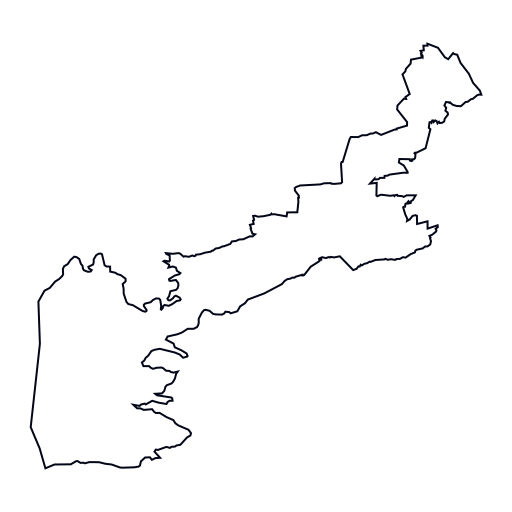 San Salvador el Verde, Puebla, Mexico
{"feature_id": "50627088B235557174424", "entity_name": "San Salvador el Verde", "entity_type": "district", "adm_level": 2, "iso_a3": "MEX", "parent_name": "Mexico", "parent_adm1": "Puebla", "projection": "albers", "projection_center": [-98.525, 19.258], "detail": "fine", "context": "isolated", "style": "outline", "palette": "ink", "viewbox_px": 512, "rotation_deg": 0, "n_neighbors": 0, "source": "geoboundaries", "source_scale": "gbopen_adm2", "svg_char_len": 6050}
<svg xmlns="http://www.w3.org/2000/svg" viewBox="0 0 512 512"><path d="M45.4,468.3L54.5,464.5L70.8,464.3L76.1,461.2L77.6,461.1L80.5,462.9L83.2,462.7L85.0,463.3L89.3,462.1L99.0,462.2L105.5,463.8L111.7,464.5L120.0,467.5L122.4,467.7L134.4,467.3L138.6,466.6L140.0,465.5L140.9,461.4L145.1,457.5L149.9,457.3L151.9,459.8L155.4,458.1L160.1,457.8L154.5,451.7L155.8,449.6L158.0,449.9L166.4,446.9L169.9,447.9L171.4,446.8L174.8,446.6L176.7,445.4L180.3,444.8L187.1,437.4L190.4,435.5L191.0,433.1L188.5,429.8L178.1,425.3L175.3,423.2L173.4,420.1L166.5,417.1L159.6,412.9L155.9,413.0L154.2,411.9L152.1,409.2L143.8,409.9L140.1,408.3L137.1,408.3L133.4,404.8L139.6,405.9L141.1,404.5L144.8,403.6L145.8,404.4L152.2,400.8L158.8,402.7L166.5,404.0L167.7,401.9L169.5,400.8L172.5,400.7L172.2,398.2L171.4,397.5L157.0,395.3L155.2,393.8L162.0,393.4L164.3,390.8L165.5,386.6L167.0,385.1L171.3,383.6L172.9,382.1L174.8,378.8L176.2,373.7L177.7,371.6L173.6,372.6L171.1,372.1L169.3,370.9L166.0,370.7L163.2,368.2L161.3,367.5L156.5,367.8L153.1,368.8L150.8,367.8L149.1,366.1L143.4,366.1L141.9,362.5L144.3,360.5L145.7,357.8L148.1,355.8L151.4,351.1L154.4,349.8L159.8,348.8L174.8,352.5L179.7,354.5L183.1,357.7L187.1,356.6L187.6,355.9L186.5,353.4L181.0,350.1L174.8,347.3L173.6,343.6L165.9,339.6L167.6,336.5L177.3,334.3L181.8,332.6L187.7,328.8L193.6,328.8L197.0,327.1L198.1,325.3L198.7,323.1L198.7,318.7L202.0,312.4L204.1,310.1L205.6,309.8L209.6,310.8L213.1,313.9L215.7,314.4L221.9,314.6L224.2,313.5L225.4,311.7L229.2,312.1L230.7,313.3L237.3,311.3L240.2,306.3L244.9,303.3L247.8,299.6L264.3,293.4L281.9,284.1L284.6,281.0L287.2,279.2L290.1,278.7L292.5,277.6L294.4,277.7L295.6,276.7L302.1,274.8L302.0,275.4L303.0,275.5L304.2,275.0L310.7,266.7L318.7,261.6L319.6,260.8L319.2,259.4L321.2,259.7L321.3,258.4L320.4,258.0L322.1,257.2L326.0,258.1L328.4,257.1L329.8,257.5L330.3,256.9L334.2,257.4L339.8,256.3L353.2,270.1L356.6,268.8L358.4,266.4L359.7,266.5L360.7,264.7L361.9,265.4L364.3,263.8L367.1,263.2L369.5,261.7L370.5,261.9L375.4,260.0L384.6,259.4L385.4,258.8L387.8,259.8L390.9,259.2L395.2,259.9L396.5,259.0L399.9,258.9L402.9,257.2L405.6,257.6L410.7,254.1L414.9,252.4L415.4,250.6L416.8,249.7L422.7,248.4L425.1,246.5L427.5,246.4L430.2,244.5L431.0,241.2L430.0,238.1L430.5,237.6L429.4,235.9L432.1,234.8L436.1,231.5L436.4,230.3L435.6,228.9L437.8,227.1L437.6,225.3L427.6,228.6L427.5,221.3L417.1,224.0L416.9,215.8L415.5,215.2L412.6,215.9L409.7,219.5L407.0,221.0L407.4,219.0L405.3,214.5L403.2,207.6L403.4,206.9L405.0,206.7L405.5,203.7L408.1,203.5L407.5,202.3L408.5,201.2L409.8,203.1L410.6,203.0L411.1,201.1L412.9,200.0L415.7,195.3L406.7,195.3L403.7,196.9L402.0,196.1L397.6,195.8L397.2,194.9L395.0,195.2L394.4,196.1L393.5,195.3L390.4,195.8L381.0,194.7L377.3,196.2L376.4,195.5L376.7,182.9L370.0,183.6L374.5,178.7L374.5,179.4L376.5,179.4L378.7,179.1L380.0,177.9L384.4,177.9L384.6,175.9L387.8,175.6L389.5,174.6L403.4,172.7L407.6,172.8L407.6,171.9L403.8,165.5L398.9,162.5L399.4,159.0L409.7,159.2L410.0,160.6L411.6,161.1L412.3,160.6L412.0,159.4L414.0,159.2L415.1,158.1L415.5,154.0L414.5,153.4L414.7,152.8L416.9,152.5L425.6,148.2L430.4,129.2L428.8,127.8L429.5,122.3L430.7,122.0L431.5,122.8L432.2,120.5L433.0,120.4L433.7,122.0L435.2,120.4L436.8,121.3L437.5,123.4L439.0,121.8L439.9,123.1L442.3,122.7L444.2,121.4L444.7,118.8L448.0,114.5L447.6,112.5L445.4,110.7L446.2,107.8L444.4,105.5L446.0,102.0L449.9,102.4L449.8,102.9L450.5,102.9L452.8,104.8L456.6,106.0L460.9,106.2L465.6,102.0L467.6,101.8L471.0,99.2L472.7,98.9L477.1,95.3L478.9,94.6L481.3,94.7L479.9,90.7L473.1,82.9L468.9,73.8L460.6,63.0L457.2,54.7L454.3,54.1L453.1,53.1L448.2,59.2L444.9,57.3L438.0,47.8L427.4,43.7L427.5,45.7L423.4,45.7L423.8,50.3L420.5,50.9L421.7,52.8L421.0,53.5L422.7,56.0L422.6,57.2L421.4,55.9L421.7,57.6L411.0,59.6L410.6,63.6L405.9,68.9L405.4,71.3L402.5,74.4L409.7,94.0L405.4,97.1L406.1,98.9L403.9,98.7L397.5,105.5L397.1,109.4L407.1,122.1L407.0,125.6L396.7,128.6L396.7,129.4L394.5,129.6L381.1,134.9L375.9,132.2L372.9,133.5L370.7,133.5L366.7,135.2L362.0,135.3L358.2,137.1L350.8,137.0L349.6,139.1L342.7,161.9L341.6,162.0L341.0,163.7L342.1,182.2L341.0,183.3L334.3,183.9L331.3,183.7L330.8,183.1L324.1,183.3L320.4,184.4L300.1,185.5L296.1,187.0L294.7,188.1L295.0,190.7L298.8,195.6L298.9,197.6L298.1,197.7L298.4,201.8L297.3,212.3L287.2,212.4L286.6,216.4L274.3,214.2L271.3,214.4L271.2,213.9L270.2,214.8L263.7,216.2L257.9,216.7L255.0,215.7L253.1,216.0L254.1,219.8L253.0,220.6L253.7,223.9L249.9,224.8L251.1,228.2L250.6,228.8L252.5,233.7L255.1,234.3L252.6,236.4L249.6,236.4L243.2,239.3L239.2,239.5L235.9,241.0L231.9,241.4L230.3,243.9L223.9,246.3L222.7,246.3L219.1,248.0L215.7,248.5L212.9,250.7L211.9,250.7L210.7,251.7L204.8,252.7L200.3,254.2L195.9,254.7L195.5,255.7L194.4,256.2L192.3,255.5L188.9,256.8L184.9,256.2L183.6,256.7L180.4,253.8L178.7,253.1L172.7,253.8L165.9,253.1L166.4,254.0L169.6,255.4L169.9,260.5L169.2,261.5L164.6,260.7L163.5,261.3L169.0,264.7L169.3,265.4L168.4,267.6L172.9,266.5L175.9,267.6L176.9,270.8L180.4,273.1L179.3,274.2L174.9,275.5L169.0,279.1L169.4,280.7L170.4,280.9L175.9,280.0L178.2,283.0L178.4,285.4L177.5,288.4L176.0,289.9L170.4,291.2L169.1,296.1L167.4,298.7L168.4,300.2L170.1,300.4L173.0,298.2L174.3,296.4L175.9,295.7L179.6,297.6L180.7,299.4L180.0,300.4L176.6,301.0L172.6,303.9L168.8,305.8L164.5,305.0L163.3,306.1L162.7,308.1L161.4,309.7L160.8,309.3L161.2,305.8L160.2,299.8L159.0,298.6L156.1,298.4L153.1,299.9L150.7,302.2L145.0,303.6L143.9,304.7L143.9,306.1L146.6,310.0L146.4,311.1L145.3,311.7L142.6,311.0L132.7,305.1L128.4,304.1L126.5,302.0L123.7,293.7L123.6,288.7L122.7,284.0L125.2,281.8L125.7,280.7L125.5,278.6L120.7,275.1L117.5,274.2L115.2,272.7L110.2,271.6L110.1,266.6L106.5,266.5L104.6,265.2L102.0,254.3L101.0,253.6L98.7,253.7L96.2,255.2L93.7,259.4L93.7,262.4L93.1,264.5L88.4,266.8L88.9,268.4L91.7,270.1L90.7,271.5L87.9,271.8L84.0,270.3L83.0,268.8L82.5,265.8L80.9,263.9L79.2,258.9L76.3,257.0L74.2,256.7L70.5,260.0L67.7,264.1L64.1,266.3L62.9,269.0L63.1,274.4L62.3,275.9L59.3,278.9L55.1,281.6L49.8,287.9L44.5,290.7L38.4,301.6L39.9,343.7L30.7,427.2L39.7,448.5L45.4,468.3Z" fill="none" stroke="#020617" stroke-width="2"/></svg>